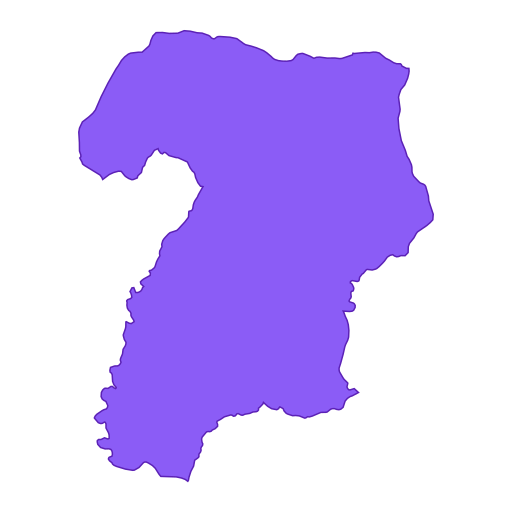 Balsas, El Oro, Ecuador (Robinson projection)
{"feature_id": "8360857B29129198314993", "entity_name": "Balsas", "entity_type": "district", "adm_level": 2, "iso_a3": "ECU", "parent_name": "Ecuador", "parent_adm1": "El Oro", "projection": "robinson", "projection_center": [-79.838, -3.774], "detail": "fine", "context": "isolated", "style": "filled", "palette": "violet", "viewbox_px": 512, "rotation_deg": 0, "n_neighbors": 0, "source": "geoboundaries", "source_scale": "gbopen_adm2", "svg_char_len": 6023}
<svg xmlns="http://www.w3.org/2000/svg" viewBox="0 0 512 512"><path d="M188.4,480.4L189.0,477.2L190.9,471.3L193.6,466.1L194.7,460.2L197.8,458.0L198.9,456.8L198.9,454.2L200.6,451.9L201.1,450.1L200.8,448.7L201.3,447.1L202.5,445.5L202.8,443.9L202.1,442.4L201.8,440.9L201.6,438.9L202.1,437.2L206.5,431.9L208.1,431.5L209.7,431.7L211.2,431.2L212.3,430.0L215.1,428.7L216.4,427.5L217.6,426.3L217.6,424.4L216.8,422.4L217.1,421.2L220.5,419.4L224.4,416.8L230.9,414.9L232.5,415.4L233.3,416.2L235.0,416.0L235.9,415.2L236.8,413.9L238.2,413.6L241.2,415.1L242.8,415.2L244.9,414.2L249.8,413.4L252.9,412.0L256.2,411.7L257.5,411.2L258.5,410.0L258.5,408.2L259.9,407.1L262.9,404.0L263.4,402.4L267.7,406.3L271.6,408.7L276.8,409.7L278.6,408.7L279.3,407.4L279.9,406.9L283.1,408.6L284.1,411.0L286.2,413.3L287.8,414.1L292.6,415.7L295.7,415.5L299.3,415.9L304.7,418.1L305.8,417.9L307.6,416.7L309.4,416.9L312.2,416.1L320.9,412.4L325.9,412.3L327.2,412.0L330.5,409.3L332.1,408.7L334.3,408.6L336.7,409.4L338.9,409.7L340.8,409.2L343.1,407.3L345.1,401.1L347.4,398.4L350.0,396.6L352.1,395.9L358.5,392.5L354.2,388.6L350.0,389.9L348.9,389.8L348.0,389.0L347.3,387.9L347.0,386.7L347.8,383.4L347.7,382.9L344.1,379.4L342.8,377.5L339.5,371.8L339.1,370.0L339.1,368.0L340.6,363.4L343.1,354.3L344.8,346.8L345.6,344.5L347.7,340.2L348.6,337.1L348.9,330.5L348.3,324.7L347.1,320.3L345.2,316.2L343.7,312.0L343.2,311.1L349.5,311.5L352.1,311.2L353.6,310.3L355.1,307.5L355.2,305.4L354.3,303.8L353.3,303.0L349.8,301.9L349.1,301.2L349.1,300.7L349.8,299.2L350.7,298.2L351.2,296.8L350.8,292.9L351.4,291.4L353.0,291.0L353.3,290.6L353.8,288.7L353.6,287.4L352.2,284.4L351.3,283.4L350.3,282.9L350.4,281.7L351.4,280.9L352.3,280.6L357.2,281.5L358.7,281.0L359.2,280.0L359.6,277.4L360.0,276.8L362.2,274.0L363.3,273.4L366.4,269.7L367.3,269.4L372.2,270.0L375.6,269.1L376.8,268.5L379.1,266.6L382.8,262.9L384.5,261.0L387.3,257.1L390.2,255.3L392.7,254.7L394.5,256.0L396.7,256.8L398.7,256.5L400.9,255.6L405.1,255.7L408.1,252.6L408.3,246.6L409.5,243.3L413.8,238.0L416.2,233.6L417.5,231.9L426.7,225.6L430.4,222.4L432.8,219.8L433.2,214.2L428.8,200.9L428.4,196.0L425.7,186.4L424.8,185.1L423.5,184.2L420.3,183.0L418.9,181.8L413.7,176.3L412.4,173.5L412.0,171.7L411.9,167.2L411.4,164.7L409.1,159.4L407.1,156.3L405.3,150.3L401.3,140.6L398.9,128.5L398.1,118.2L399.9,111.4L400.1,109.2L398.5,97.2L399.2,94.3L400.9,89.5L404.7,85.0L407.6,78.3L408.7,74.0L409.1,71.2L408.9,68.4L406.3,68.3L402.7,66.4L402.2,66.4L401.3,64.6L400.5,63.8L396.5,63.7L393.6,62.7L389.3,60.0L385.6,58.2L379.3,53.0L376.1,52.2L373.2,52.1L369.4,52.7L365.0,52.5L354.2,53.5L353.0,53.2L352.4,54.9L342.0,58.4L339.9,58.6L334.8,58.0L327.3,58.1L319.8,57.1L316.4,57.3L313.9,58.3L310.2,56.3L304.6,54.1L302.7,53.4L301.2,53.5L297.9,54.2L296.3,55.5L293.1,59.5L291.2,60.6L286.8,61.2L282.2,61.1L278.3,60.6L274.6,59.4L272.5,57.9L271.3,56.6L266.9,52.9L263.8,50.8L256.5,47.8L251.1,46.1L245.5,44.7L243.5,43.5L237.1,38.8L236.3,38.5L230.0,37.2L220.0,36.5L218.0,36.6L216.9,37.0L214.6,38.7L213.4,38.8L211.5,38.0L210.0,36.3L208.6,35.4L202.1,33.1L197.2,32.8L190.3,31.2L184.1,30.7L177.8,33.2L169.2,33.4L162.5,32.5L156.1,32.6L152.9,35.9L150.9,40.4L149.9,44.2L149.0,46.0L142.1,52.2L138.4,52.2L130.7,53.1L128.3,54.1L124.7,56.9L121.5,60.4L118.5,65.4L116.0,69.0L108.0,83.1L101.2,96.6L95.4,110.0L92.8,113.3L88.5,117.2L82.4,121.9L79.5,128.1L78.8,132.1L79.4,142.6L79.5,151.1L80.8,154.9L80.9,156.7L79.8,158.0L82.0,162.1L82.6,164.0L84.2,165.3L100.0,175.0L101.8,177.4L102.7,179.5L109.3,174.5L113.7,172.5L118.5,171.2L121.3,171.4L124.8,175.8L126.0,176.8L128.7,178.5L131.0,179.4L131.8,179.7L133.1,179.6L137.2,178.0L137.9,175.7L141.4,172.5L142.6,167.3L144.6,165.4L145.6,162.0L147.4,158.1L148.4,157.1L150.2,156.1L151.2,155.2L154.4,150.3L158.1,148.6L158.5,150.2L160.6,153.1L162.4,153.9L164.0,152.4L165.5,152.6L169.0,155.6L176.1,157.6L178.0,157.7L187.4,162.0L190.2,168.0L192.5,171.2L193.9,172.2L194.8,173.8L195.6,177.5L197.9,182.7L200.5,186.2L203.0,186.6L198.5,194.5L197.4,197.1L195.2,200.3L194.2,202.2L193.3,204.9L192.8,208.6L192.1,210.0L191.4,210.7L189.1,211.2L188.8,211.7L188.5,217.0L188.2,217.6L184.9,221.9L178.4,229.0L176.7,230.5L170.0,232.7L168.4,234.0L165.2,237.4L163.9,238.9L162.8,240.6L161.7,244.3L162.0,246.7L159.7,251.1L159.5,253.7L159.9,255.8L157.9,259.0L156.5,261.9L155.0,266.7L154.1,268.0L151.4,270.2L149.5,270.6L149.2,271.4L150.4,272.9L150.2,275.4L143.8,278.9L141.9,280.3L140.4,281.9L140.9,283.9L143.7,286.5L142.6,287.6L141.9,289.5L140.8,291.0L139.4,291.9L137.9,292.5L135.7,292.5L133.8,287.6L131.9,287.9L130.0,291.6L130.7,292.7L131.5,295.0L131.8,297.3L130.6,298.6L127.7,299.6L126.8,300.6L126.7,301.0L127.1,302.5L126.9,305.1L127.2,307.2L127.4,308.2L128.7,310.4L130.0,311.4L131.0,313.4L130.9,315.2L131.4,316.7L133.7,320.2L134.1,321.7L131.2,323.6L129.1,323.2L126.3,321.7L125.9,321.9L125.8,326.8L125.4,328.7L123.3,334.7L123.3,335.7L124.3,339.4L126.0,342.3L125.9,344.0L125.3,345.8L123.1,349.3L122.5,354.0L120.6,358.4L120.3,360.1L121.0,362.2L120.8,362.8L119.9,364.3L118.9,365.3L117.7,365.9L114.6,366.0L110.5,367.4L109.9,370.2L110.1,372.1L111.4,373.1L112.2,374.7L112.6,381.4L114.0,384.9L116.2,387.4L116.2,387.9L115.5,388.6L113.9,387.8L112.5,386.5L111.0,386.4L108.1,388.4L105.1,388.2L104.3,388.5L102.7,390.0L101.4,392.4L101.1,396.6L102.2,399.0L104.0,400.5L105.9,401.4L107.8,405.6L107.5,407.3L106.4,408.9L103.9,409.7L102.2,410.6L96.9,414.2L95.3,415.9L94.4,417.7L94.4,418.1L98.3,422.7L100.5,423.5L101.3,423.5L102.4,423.3L104.4,422.1L104.8,422.1L105.3,422.4L106.0,423.9L106.0,428.0L108.5,432.8L109.1,434.9L109.2,438.2L108.7,438.7L107.6,438.9L104.5,437.8L101.0,439.5L98.6,439.5L97.4,440.5L97.2,441.0L97.3,442.3L97.8,444.4L100.6,447.5L105.1,448.9L108.9,448.8L110.8,449.4L111.8,450.7L112.3,452.5L112.4,454.5L111.9,456.2L109.3,457.2L108.7,457.9L108.4,459.0L109.5,460.8L111.9,462.7L112.6,464.1L114.0,465.3L116.5,466.4L125.4,469.1L132.7,470.3L134.4,470.1L139.0,467.5L143.5,462.6L144.5,462.1L146.2,462.0L148.4,463.0L152.4,465.5L155.3,468.3L159.0,474.2L160.8,476.4L176.3,476.9L181.5,478.0L185.2,479.4L187.8,481.3L188.4,480.4Z" fill="#8b5cf6" stroke="#5b21b6" stroke-width="1.5"/></svg>